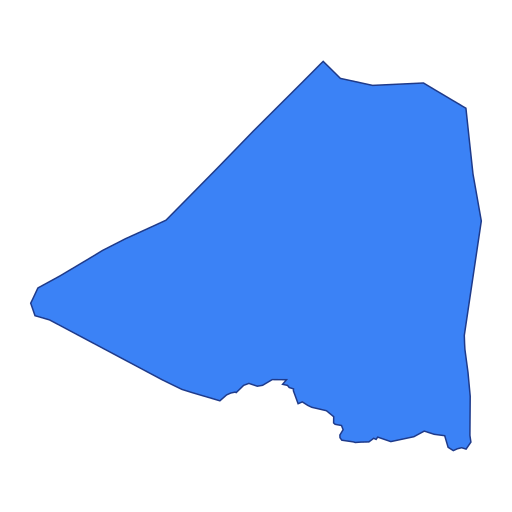 San Agustín Tlacotepec, Oaxaca, Mexico
{"feature_id": "50627088B32535788787618", "entity_name": "San Agustín Tlacotepec", "entity_type": "district", "adm_level": 2, "iso_a3": "MEX", "parent_name": "Mexico", "parent_adm1": "Oaxaca", "projection": "albers", "projection_center": [-97.514, 17.2], "detail": "fine", "context": "isolated", "style": "filled", "palette": "blue", "viewbox_px": 512, "rotation_deg": 0, "n_neighbors": 0, "source": "geoboundaries", "source_scale": "gbopen_adm2", "svg_char_len": 1242}
<svg xmlns="http://www.w3.org/2000/svg" viewBox="0 0 512 512"><path d="M423.5,83.0L372.6,85.4L340.4,78.4L323.2,61.4L320.8,63.7L301.9,82.7L253.2,131.2L217.3,168.2L166.0,220.2L150.8,227.2L125.5,238.7L102.6,250.4L91.4,257.2L59.8,276.0L38.0,287.9L37.6,288.6L32.7,299.1L30.7,303.2L32.0,306.9L35.0,315.7L49.5,319.9L162.4,379.9L181.9,389.4L192.1,392.6L219.9,400.8L226.6,394.9L230.6,393.1L230.9,393.0L235.1,392.1L236.2,392.6L243.7,385.3L248.9,383.4L257.3,386.2L262.6,385.3L272.2,379.6L283.9,379.7L286.5,379.7L282.6,384.3L287.5,385.4L289.2,387.5L293.5,388.9L293.4,390.8L298.1,403.7L302.3,401.9L307.8,405.4L311.8,407.3L318.3,408.8L326.4,410.7L333.7,416.7L333.6,422.9L335.1,424.3L341.5,425.5L343.1,429.7L339.9,435.0L340.0,437.7L341.8,440.2L353.4,441.9L355.3,442.5L360.6,442.1L368.9,441.9L373.7,438.3L376.1,439.4L377.7,437.1L390.8,441.6L413.9,436.7L424.2,431.1L434.2,434.3L444.7,435.7L448.1,447.3L453.3,450.6L457.3,448.8L461.6,447.7L466.1,449.1L470.9,442.1L469.9,435.4L470.2,396.3L468.0,372.5L464.9,349.3L464.6,343.8L464.3,335.4L481.3,221.0L475.6,188.7L473.0,174.1L469.6,142.8L466.3,111.8L466.3,111.5L465.9,108.2L463.8,107.0L462.1,106.0L455.1,101.8L453.0,100.6L436.0,90.5L434.0,89.3L423.5,83.0Z" fill="#3b82f6" stroke="#1e3a8a" stroke-width="1.5"/></svg>